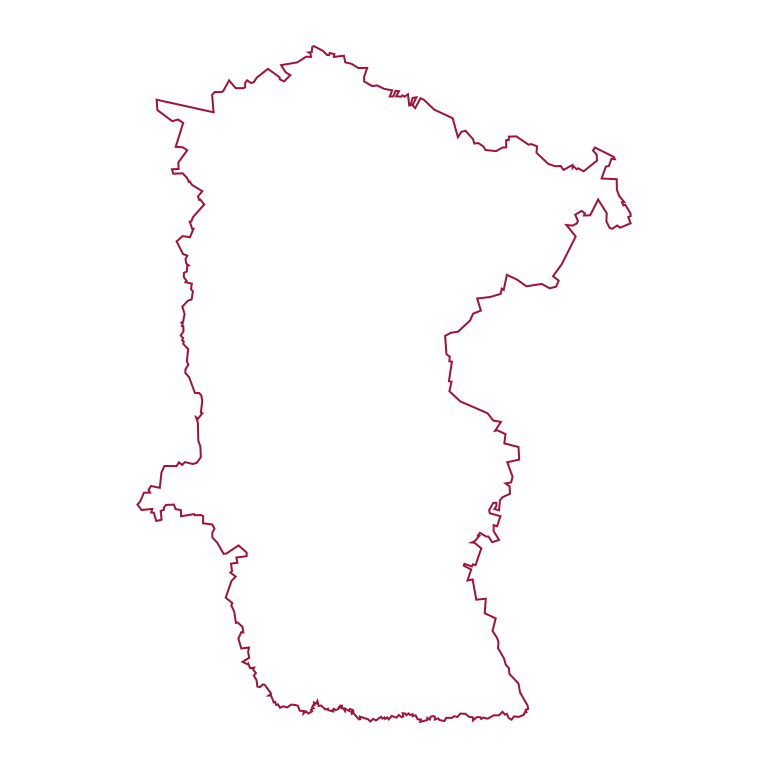 the district of Sahagún, Córdoba, Colombia
{"feature_id": "7082276B34877429512170", "entity_name": "Sahagún", "entity_type": "district", "adm_level": 2, "iso_a3": "COL", "parent_name": "Colombia", "parent_adm1": "Córdoba", "projection": "albers", "projection_center": [-75.428, 8.796], "detail": "fine", "context": "isolated", "style": "outline", "palette": "rose", "viewbox_px": 768, "rotation_deg": 0, "n_neighbors": 0, "source": "geoboundaries", "source_scale": "gbopen_adm2", "svg_char_len": 6068}
<svg xmlns="http://www.w3.org/2000/svg" viewBox="0 0 768 768"><path d="M157.4,110.1L172.3,121.2L178.1,119.5L183.2,122.9L175.7,146.8L182.5,147.2L187.2,150.2L178.3,162.6L178.6,168.9L172.0,169.3L173.2,173.7L182.6,173.3L187.0,177.8L188.9,182.0L189.8,181.5L192.0,184.9L202.3,191.2L198.0,196.4L199.1,199.9L200.3,199.5L204.2,204.5L192.8,217.3L191.4,221.4L189.7,221.6L192.2,228.8L193.5,228.8L190.0,237.2L182.6,236.1L176.6,241.4L183.1,254.1L187.3,255.6L185.5,259.1L186.3,263.6L188.7,265.4L187.2,265.9L186.8,271.5L183.9,272.9L183.8,277.0L186.6,281.0L185.6,282.2L191.8,283.7L191.0,289.2L192.9,291.4L191.6,299.4L187.8,300.8L182.3,306.6L184.6,313.9L183.3,321.0L181.4,322.7L182.8,323.3L182.0,326.1L183.3,326.2L183.5,331.3L180.7,335.4L183.1,338.1L182.1,340.2L183.8,341.7L183.2,343.9L188.2,349.1L186.8,361.4L188.4,364.6L185.5,369.3L185.3,372.9L189.2,377.4L194.9,392.9L199.3,393.1L201.3,395.6L202.3,401.0L200.8,412.6L202.4,413.3L198.0,418.7L196.1,417.4L197.9,423.0L198.3,440.8L200.4,446.6L200.8,457.2L196.8,462.8L192.9,464.0L184.9,462.1L182.2,464.9L178.9,462.3L176.6,466.1L164.4,466.0L161.5,472.3L159.8,487.8L151.0,486.0L148.6,490.0L150.1,492.6L143.9,492.7L140.2,501.5L137.4,504.5L141.5,510.0L152.2,508.9L151.3,512.6L153.8,512.7L156.3,521.0L161.6,519.7L160.7,511.0L164.1,509.6L163.8,507.8L166.1,504.9L173.9,504.6L175.6,509.0L180.9,510.2L181.1,516.3L194.1,514.1L194.9,515.3L200.9,515.0L203.2,516.2L203.0,523.3L212.2,524.4L214.5,528.7L212.3,532.7L212.4,537.6L217.2,542.6L223.6,553.8L226.5,553.5L238.5,545.4L246.7,552.6L246.6,556.2L236.4,557.5L237.4,562.8L231.0,563.6L232.0,571.1L230.4,572.6L235.7,576.6L231.5,580.9L225.7,597.7L232.3,603.1L231.3,605.5L234.2,611.5L235.9,622.9L237.7,622.5L242.5,626.8L243.3,632.5L241.2,632.2L238.4,638.7L241.3,648.5L249.0,647.5L248.1,652.0L249.2,657.7L242.6,661.9L247.4,664.2L248.2,663.4L250.1,668.2L254.1,667.6L253.1,669.6L255.9,673.0L253.8,675.6L256.5,680.0L257.4,686.6L259.8,687.1L262.8,684.5L264.7,684.8L270.6,692.8L271.0,694.0L268.8,695.5L271.0,695.5L273.8,702.2L272.7,702.7L275.2,702.0L276.2,704.9L278.0,704.4L280.1,707.8L283.2,706.3L287.2,707.4L291.3,704.6L295.3,705.0L297.8,705.7L299.8,710.7L303.9,711.1L303.5,713.5L305.8,711.3L308.3,713.5L312.1,711.3L311.0,709.6L313.5,708.2L312.1,707.3L313.5,704.7L314.4,705.1L314.0,702.5L316.3,703.5L317.4,701.0L318.6,705.9L321.1,705.5L325.2,709.4L328.0,708.7L328.2,710.1L334.0,711.8L332.1,710.5L334.0,708.7L335.6,710.2L338.5,708.8L338.8,707.2L340.3,707.4L340.2,705.7L342.0,705.7L341.6,708.2L343.3,708.3L344.9,710.9L345.2,708.6L349.1,711.0L349.9,709.0L353.0,710.1L353.4,711.5L351.3,711.9L351.8,713.8L353.4,713.0L358.9,719.4L360.2,719.1L359.9,716.6L368.1,719.3L370.3,721.5L373.2,718.9L376.0,720.4L381.1,716.8L382.4,718.6L384.5,717.4L385.2,719.0L387.3,717.4L388.7,719.4L391.7,715.9L396.4,717.7L398.9,715.0L401.7,717.3L403.2,716.4L402.7,713.2L405.4,713.6L406.4,715.2L408.5,713.4L410.4,715.0L412.5,714.2L412.7,716.1L415.6,715.3L417.7,719.4L420.9,719.5L420.1,721.9L427.0,720.1L427.4,717.8L429.8,719.5L430.7,716.7L433.3,716.1L434.7,716.6L434.9,719.6L438.2,718.3L439.6,720.1L444.4,721.0L446.1,717.9L451.7,717.9L454.4,716.2L457.3,717.0L460.3,713.6L465.6,713.8L468.6,716.6L473.1,717.5L472.9,720.4L476.8,717.2L480.4,717.2L481.2,718.9L483.4,717.5L487.7,718.7L493.7,715.3L499.0,715.3L502.5,711.8L505.0,714.6L506.8,713.8L508.7,718.0L511.5,719.7L513.9,716.4L519.0,716.9L524.0,714.6L524.8,712.2L526.4,712.2L525.6,709.9L528.1,709.0L527.6,705.5L520.1,692.6L518.4,683.4L509.4,673.9L508.9,668.2L505.7,664.6L504.0,658.4L498.0,648.2L498.5,642.1L497.0,637.8L492.5,630.9L495.7,618.4L484.7,613.3L485.8,598.7L476.3,599.7L472.6,579.4L467.5,580.5L471.2,569.5L463.7,565.7L464.4,563.8L471.9,566.4L472.9,564.3L475.5,565.2L481.3,548.4L474.6,542.8L471.7,542.5L474.8,541.1L479.3,535.9L477.9,535.6L480.0,532.8L486.0,536.5L488.4,536.5L492.2,542.2L499.1,539.9L493.6,531.1L493.7,525.1L497.1,526.3L500.4,516.2L489.9,513.3L489.1,510.2L493.2,503.0L494.9,502.7L496.4,502.8L496.4,506.0L494.4,509.0L499.0,510.3L500.0,500.0L502.7,497.1L510.0,493.8L509.6,486.4L505.5,483.4L511.1,482.4L512.6,476.8L507.3,462.2L519.2,459.6L518.5,447.0L504.3,443.4L505.5,434.1L497.2,430.3L495.1,430.8L500.9,421.9L493.2,420.5L487.5,413.2L460.4,401.5L449.4,391.2L451.5,381.7L448.9,381.2L451.9,361.7L449.4,361.3L449.7,356.6L446.5,354.3L445.1,335.9L450.8,332.8L458.0,331.7L470.0,320.6L473.1,313.7L480.9,310.6L477.2,298.5L490.2,297.0L500.6,293.9L501.7,288.6L503.7,290.0L506.9,274.8L517.2,279.7L526.4,286.3L541.7,283.9L549.7,288.3L556.2,286.6L558.7,280.6L553.0,276.2L561.7,264.3L575.7,236.5L566.4,225.0L572.4,225.6L576.8,223.5L577.9,220.8L575.2,214.7L581.5,210.9L584.8,213.2L584.0,215.5L590.2,215.3L598.1,199.5L606.7,213.1L606.4,221.4L609.6,227.9L612.2,228.8L617.1,225.5L620.1,227.7L630.6,223.3L628.3,217.0L630.6,216.1L630.6,213.7L625.3,204.7L623.3,205.4L622.0,202.3L624.2,202.1L619.2,195.9L616.9,189.9L616.7,179.2L601.6,178.5L605.8,166.6L608.8,166.1L611.5,158.7L614.8,159.2L613.8,156.9L594.9,147.5L593.0,150.5L596.6,154.5L597.0,160.6L583.6,171.3L578.2,168.3L576.7,169.2L573.6,166.4L572.6,167.8L572.5,165.0L563.5,169.9L560.7,166.0L555.1,166.2L548.3,163.9L536.5,152.8L537.0,146.3L531.3,144.1L528.6,144.7L516.4,136.4L508.9,136.6L508.7,140.0L506.2,140.1L506.2,147.4L502.7,147.5L496.1,151.1L485.5,150.0L483.5,146.6L478.4,143.1L474.3,143.5L473.0,139.1L465.5,130.8L461.4,131.8L457.9,137.2L452.7,118.3L434.2,109.6L423.7,99.6L420.5,98.2L415.2,108.1L412.6,105.3L416.4,97.3L412.6,97.9L410.6,105.2L409.2,105.5L408.0,94.3L404.4,96.7L402.5,95.3L400.9,96.7L396.1,96.3L399.0,91.2L395.6,90.8L393.3,96.4L389.8,96.5L392.2,90.3L384.3,88.9L376.9,85.4L372.3,86.1L364.2,81.5L364.1,76.8L367.2,67.9L358.3,68.0L351.3,63.7L345.3,62.4L343.9,55.7L333.9,56.9L334.4,54.1L329.7,53.0L329.1,55.1L327.0,55.0L323.0,50.9L313.8,46.1L312.3,46.9L311.7,52.1L308.7,52.4L310.4,53.4L311.1,56.9L306.0,56.7L297.3,62.4L281.1,65.1L285.6,72.2L290.3,75.2L284.1,81.4L279.8,79.3L279.6,77.3L268.0,68.8L256.9,77.5L253.8,82.2L251.0,83.0L247.1,80.3L245.2,82.7L245.1,87.3L243.2,88.2L235.7,88.1L229.1,80.4L223.3,90.9L221.7,92.1L214.8,92.0L212.1,94.8L213.6,112.3L156.6,99.7L157.4,110.1Z" fill="none" stroke="#9f1239" stroke-width="2"/></svg>